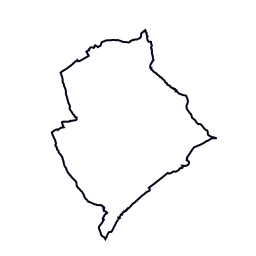 Livezi, Vâlcea, Romania (Albers equal-area conic projection), rotated 153°
{"feature_id": "2599482B52258846175967", "entity_name": "Livezi", "entity_type": "district", "adm_level": 2, "iso_a3": "ROU", "parent_name": "Romania", "parent_adm1": "Vâlcea", "projection": "albers", "projection_center": [23.831, 44.84], "detail": "fine", "context": "isolated", "style": "outline", "palette": "ink", "viewbox_px": 256, "rotation_deg": 153, "n_neighbors": 0, "source": "geoboundaries", "source_scale": "gbopen_adm2", "svg_char_len": 5717}
<svg xmlns="http://www.w3.org/2000/svg" viewBox="0 0 256 256"><g transform="rotate(153 128 128)"><path d="M197.9,158.6L198.3,156.2L198.3,154.6L198.5,152.7L198.4,150.0L198.8,148.8L199.2,146.7L200.4,145.9L200.3,145.4L200.5,145.2L200.7,144.4L200.6,143.8L200.2,143.4L200.2,143.0L200.4,142.2L201.0,141.5L200.4,139.1L200.5,138.4L200.8,137.8L200.8,137.1L200.2,135.1L199.8,131.7L200.3,129.9L200.6,127.4L201.2,126.0L201.7,123.3L201.7,121.9L201.4,120.2L201.4,119.7L201.8,118.5L201.7,115.5L201.2,112.7L200.8,111.4L200.3,108.6L199.6,106.9L198.7,104.2L198.7,103.3L198.9,102.4L200.0,99.4L199.6,97.3L199.0,95.9L198.6,93.5L198.0,92.5L197.9,92.1L197.8,89.5L197.7,88.8L197.8,88.2L197.8,87.5L198.2,86.2L198.0,84.4L197.5,83.4L197.2,82.1L197.0,81.7L196.9,80.7L196.9,80.4L195.8,79.5L193.6,76.6L192.3,75.3L192.2,75.0L190.9,74.1L190.7,73.5L186.7,71.3L186.3,70.5L186.5,70.4L186.1,70.0L186.1,69.9L185.9,69.0L185.8,68.8L185.9,68.6L185.6,68.4L185.5,68.0L185.3,67.9L185.3,67.7L185.5,67.5L186.2,67.3L186.6,67.1L186.4,66.5L186.9,66.0L186.6,65.5L187.1,65.1L187.1,64.9L186.3,64.5L185.0,62.0L185.3,61.7L187.7,61.4L189.2,60.6L189.5,60.2L190.5,59.6L191.8,58.5L191.7,58.1L191.3,57.7L191.7,57.3L191.4,57.1L191.5,57.0L194.2,55.3L197.4,53.9L198.1,53.5L199.0,52.8L199.1,52.3L199.6,51.3L199.7,49.1L200.0,47.2L200.0,46.6L200.5,44.5L199.6,42.6L199.2,42.2L198.7,41.2L198.7,40.0L198.6,39.2L197.9,39.8L197.2,40.2L193.9,42.9L192.4,43.8L191.1,43.6L190.5,43.4L190.0,43.0L189.2,43.5L188.6,43.7L185.1,46.5L184.3,46.9L181.0,49.4L177.8,51.2L177.5,51.5L176.9,51.5L177.2,51.8L177.0,52.0L177.3,52.2L177.3,52.5L176.2,52.0L175.9,52.6L173.7,53.8L173.6,54.2L173.4,54.2L172.6,54.2L172.5,53.6L172.3,53.7L172.3,54.2L172.1,54.5L169.9,55.4L169.6,55.5L169.4,55.0L167.4,55.5L167.3,55.1L166.9,55.2L166.9,55.8L166.1,55.9L166.0,56.0L165.8,55.9L165.4,56.1L165.1,56.0L164.6,56.5L164.3,56.3L163.8,56.5L163.3,56.3L161.4,56.9L160.8,57.3L159.2,57.9L157.0,58.6L155.9,58.5L154.1,59.1L153.9,59.3L153.2,59.1L152.5,59.6L151.8,59.8L146.2,61.3L143.6,61.7L141.1,62.4L137.0,62.5L136.8,63.2L136.2,64.1L136.6,65.3L128.8,66.6L112.9,69.9L112.7,69.4L112.4,69.0L111.5,68.5L109.4,68.4L107.6,68.7L106.5,68.3L106.0,67.8L105.0,67.3L104.0,67.3L101.5,67.7L101.0,67.8L100.5,68.3L99.9,68.5L98.5,68.3L98.3,68.0L97.4,67.9L97.0,68.4L97.0,68.9L96.7,69.1L96.8,69.8L95.6,69.2L94.0,68.0L92.3,68.0L91.7,67.8L90.3,68.3L89.2,69.7L89.0,70.0L89.2,70.8L90.3,72.5L89.7,73.0L89.8,73.8L89.0,74.2L89.0,74.6L88.8,74.9L84.1,77.5L80.1,79.8L77.7,80.8L70.7,80.2L69.8,80.3L68.2,80.2L65.4,80.4L64.6,80.7L63.1,80.5L61.2,80.5L58.4,80.8L57.4,80.5L54.3,78.9L54.2,79.0L54.7,79.7L56.2,80.9L57.9,82.5L58.8,83.7L59.6,85.2L59.7,85.8L59.6,86.5L58.9,87.8L58.6,89.4L58.6,89.8L59.5,90.9L60.0,91.8L61.3,97.8L62.1,98.8L63.4,99.4L63.8,100.0L63.9,100.6L64.3,101.2L64.6,102.0L64.5,103.1L64.5,104.0L65.2,105.6L65.4,106.4L66.0,107.3L66.3,108.2L66.0,108.8L65.9,110.1L65.5,111.4L66.2,113.3L66.4,114.4L66.5,115.9L66.8,117.1L66.8,118.1L66.6,119.5L65.9,121.0L65.5,121.6L64.2,122.6L63.4,123.5L62.5,124.4L61.8,127.4L61.6,129.5L61.6,130.4L62.3,131.1L63.1,131.6L65.1,133.4L65.7,134.4L66.3,134.7L66.9,135.4L67.1,136.2L67.6,137.5L67.9,138.4L67.8,138.8L68.1,139.0L67.9,139.4L68.8,139.3L68.4,140.3L68.6,141.0L69.0,141.5L68.7,141.7L69.2,142.3L69.2,141.8L69.4,141.7L69.6,141.8L69.8,142.3L70.1,143.4L70.7,143.9L71.4,144.9L71.5,146.4L73.3,148.8L73.1,149.5L73.3,150.1L73.2,150.6L73.5,150.8L73.5,151.2L73.9,151.4L74.1,151.9L73.9,153.3L74.2,154.4L74.5,155.2L75.1,156.2L75.1,156.6L75.3,157.3L75.3,158.0L76.3,158.8L76.5,160.1L77.4,161.9L77.8,163.0L78.2,164.4L79.6,166.3L79.7,167.1L80.0,167.7L80.0,168.6L80.5,169.1L80.7,169.7L80.5,170.1L80.0,170.8L80.7,171.1L80.8,171.5L80.4,172.7L79.7,173.6L78.5,174.7L76.1,176.1L75.6,176.7L74.7,176.8L74.4,177.1L74.2,178.0L74.2,179.1L73.5,179.9L73.3,180.6L73.3,181.2L72.9,182.5L73.0,183.4L72.7,183.8L72.6,184.3L72.0,185.0L71.7,185.8L71.5,186.7L71.1,187.0L71.0,187.7L71.2,188.6L71.1,189.0L70.8,189.4L69.7,190.1L69.3,190.6L69.1,192.4L68.9,193.1L68.5,193.9L68.4,194.3L68.7,194.6L69.9,195.1L70.6,195.6L70.6,196.1L70.5,196.6L70.7,197.4L70.2,199.2L69.8,200.0L69.6,200.7L69.5,200.8L69.1,200.7L68.9,200.8L69.1,201.5L68.9,203.2L68.8,203.7L68.3,204.2L68.2,204.9L68.5,205.6L69.0,206.1L68.0,207.2L68.0,207.4L68.6,207.3L69.3,206.9L69.9,207.1L70.9,207.0L71.8,206.4L72.4,206.6L73.1,206.3L73.8,205.5L74.8,203.7L75.7,203.2L76.1,202.7L80.0,202.8L80.7,203.3L81.1,203.5L82.9,203.9L83.4,203.9L83.5,204.3L86.8,204.3L87.1,203.9L87.9,203.8L88.9,204.1L90.2,205.1L93.2,206.8L94.1,207.8L94.8,208.8L95.3,209.1L96.5,210.4L97.0,210.7L97.6,211.3L98.9,211.7L101.1,213.2L102.9,213.8L104.6,214.5L105.8,215.2L106.5,215.4L108.0,216.1L109.2,215.9L110.2,216.2L112.4,216.5L112.6,215.9L113.8,215.2L114.5,214.4L115.6,213.7L116.3,213.9L118.2,213.7L118.6,214.8L119.6,216.5L120.3,216.5L120.6,215.7L122.1,214.9L122.6,215.5L123.8,216.4L124.8,216.8L127.3,215.8L127.3,215.0L130.4,214.9L130.2,210.1L139.7,209.6L141.6,209.8L142.1,210.1L142.5,210.6L142.3,211.5L147.9,210.4L148.3,210.0L155.1,208.8L161.4,208.3L163.0,207.8L163.6,202.8L164.4,200.4L165.1,199.2L165.4,198.2L165.3,197.6L165.3,196.1L165.8,194.8L166.0,192.4L166.0,191.1L166.4,190.0L166.7,188.9L167.9,186.4L168.2,184.1L168.5,183.0L169.5,178.3L169.8,177.3L169.6,175.1L169.8,174.1L170.1,173.2L170.9,172.5L171.2,171.8L171.2,169.9L170.8,167.3L170.8,165.6L170.1,163.8L170.3,162.2L169.9,161.3L169.2,161.0L169.0,160.8L169.4,160.1L169.8,159.2L170.7,158.6L172.3,159.1L172.9,159.4L174.3,159.7L175.4,160.1L175.6,160.4L176.4,160.3L176.6,160.7L176.9,160.6L177.1,160.3L177.8,160.5L183.2,163.2L184.1,163.2L184.3,163.1L184.1,162.4L184.5,161.9L184.8,160.4L184.7,159.4L185.2,159.1L185.3,158.8L185.0,157.8L187.2,158.5L188.4,158.6L190.2,158.3L191.4,158.0L191.6,158.9L193.0,159.2L194.7,159.2L197.9,158.6Z" fill="none" stroke="#020617" stroke-width="2"/></g></svg>